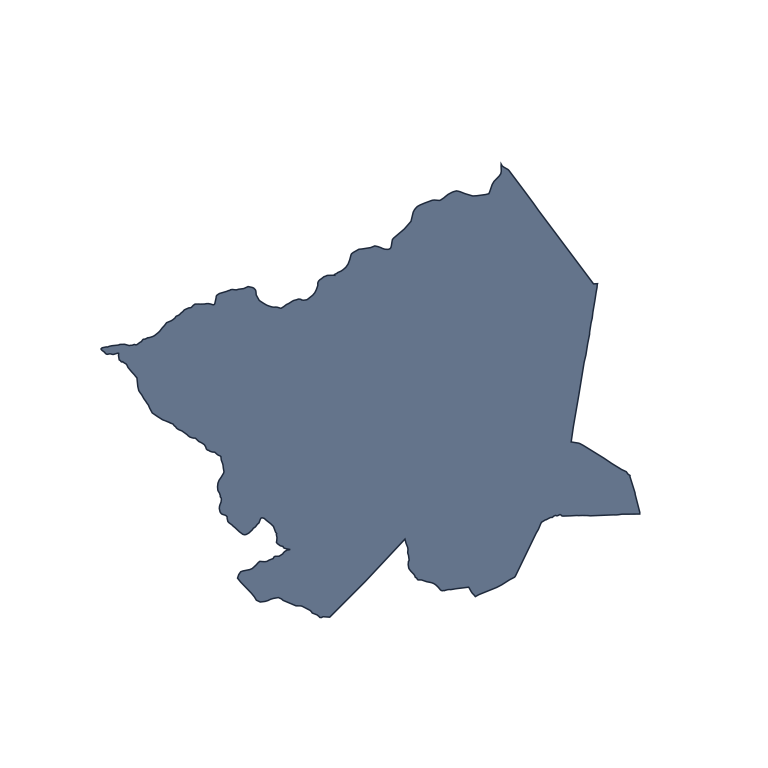 the district of Barna, Timis, Romania, rotated 106°
{"feature_id": "2599482B99688223143518", "entity_name": "Barna", "entity_type": "district", "adm_level": 2, "iso_a3": "ROU", "parent_name": "Romania", "parent_adm1": "Timis", "projection": "robinson", "projection_center": [22.07, 45.706], "detail": "fine", "context": "isolated", "style": "filled", "palette": "slate", "viewbox_px": 768, "rotation_deg": 106, "n_neighbors": 0, "source": "geoboundaries", "source_scale": "gbopen_adm2", "svg_char_len": 6159}
<svg xmlns="http://www.w3.org/2000/svg" viewBox="0 0 768 768"><g transform="rotate(106 384 384)"><path d="M454.2,620.0L458.0,617.9L459.8,615.8L461.2,613.9L464.3,610.8L466.4,608.1L467.6,606.8L469.1,604.8L471.8,602.6L475.7,598.8L477.7,592.8L479.4,587.1L480.2,579.0L480.4,578.9L480.6,575.9L482.0,574.0L482.5,572.6L483.6,571.3L484.1,570.0L484.5,568.5L484.8,565.4L485.1,564.5L486.3,561.1L487.1,559.0L487.7,558.1L488.5,556.0L488.6,553.6L488.5,552.1L488.1,550.6L488.2,550.1L490.3,546.2L490.8,543.3L491.4,541.3L491.9,539.9L493.7,538.0L495.3,537.0L496.0,535.9L496.2,535.0L496.1,534.2L496.5,533.3L496.7,531.7L496.7,530.2L496.2,527.9L497.6,525.1L498.1,523.7L498.3,521.7L498.7,520.8L501.9,519.5L505.3,517.0L506.6,516.3L509.3,515.2L512.3,513.7L513.7,513.6L518.4,514.8L521.9,516.0L525.1,516.3L526.8,516.0L528.7,515.7L531.8,514.5L532.8,513.7L534.2,512.1L536.7,510.4L537.4,510.4L537.7,510.2L538.1,509.5L538.8,508.9L539.8,508.5L542.4,508.1L545.4,508.4L547.0,508.4L549.1,508.0L551.7,506.6L552.6,505.9L553.3,504.9L553.8,503.8L553.9,500.4L554.2,499.3L554.9,498.2L556.5,497.7L559.2,496.2L560.0,495.0L561.4,491.2L562.2,489.9L563.1,487.7L565.9,482.3L567.4,478.3L567.4,477.3L567.3,476.2L566.5,474.8L564.5,472.8L560.5,470.4L558.6,469.8L557.6,468.8L556.5,468.1L553.8,467.1L552.0,465.9L548.1,465.6L547.0,465.3L546.5,464.8L546.2,464.4L546.2,462.1L547.5,459.5L549.5,454.5L551.4,451.0L556.4,447.3L557.4,445.9L558.4,446.0L561.2,444.5L564.3,443.9L565.8,443.8L566.8,442.6L568.1,439.1L568.0,436.3L569.1,435.4L569.3,434.2L569.3,432.3L568.9,428.5L569.8,429.9L569.8,430.5L570.5,431.5L572.2,433.1L573.8,434.1L575.2,434.5L578.5,437.4L579.6,441.2L580.8,442.2L582.3,442.4L585.1,446.1L586.7,447.5L587.6,449.4L588.1,451.4L588.7,454.5L590.2,455.6L593.3,457.1L597.7,459.8L599.4,461.9L602.6,468.1L604.0,470.0L607.2,471.1L611.0,471.3L613.9,467.2L621.6,453.9L624.3,450.0L627.0,447.1L627.7,442.9L625.8,438.4L624.2,435.9L622.2,433.7L620.6,431.2L618.4,426.7L618.9,423.2L619.8,421.4L621.5,407.5L620.2,402.7L620.2,401.5L622.0,392.6L622.9,391.0L623.9,389.9L624.4,384.7L625.4,382.4L626.1,381.3L625.8,379.8L624.5,378.5L623.1,371.9L578.9,347.5L527.3,321.1L530.9,319.0L534.7,316.1L536.6,315.3L539.4,314.8L540.6,314.2L541.8,313.3L546.6,311.2L547.8,311.6L550.9,311.0L554.1,309.5L554.9,308.8L556.6,306.5L558.8,302.7L559.7,301.7L561.2,300.6L561.5,299.2L562.8,297.8L562.9,297.1L562.0,294.1L562.3,288.5L562.0,285.3L561.9,283.1L562.1,281.2L562.6,279.5L563.1,278.3L564.5,275.7L566.3,273.1L566.7,272.1L566.7,271.0L566.2,270.1L566.0,268.9L565.6,268.5L564.1,266.0L563.5,264.4L563.3,263.2L561.1,258.7L556.0,246.7L556.2,246.3L559.5,243.0L560.9,241.3L561.8,239.6L563.2,237.6L560.3,234.7L548.5,219.6L544.6,215.5L537.7,209.4L533.7,205.2L532.3,204.7L485.4,196.6L481.2,195.5L474.8,194.8L473.4,194.4L470.0,191.3L469.9,190.8L466.6,187.4L466.2,186.5L465.9,185.5L464.0,184.2L463.0,182.9L463.1,181.5L462.6,180.6L461.0,178.9L461.0,178.3L461.2,177.6L461.6,177.1L461.8,176.4L461.6,175.4L459.4,168.6L457.2,162.3L456.8,160.3L456.6,159.9L455.7,157.1L454.2,151.5L454.2,151.3L453.9,149.5L446.6,127.5L445.9,124.8L445.0,122.5L443.5,119.3L441.7,113.0L438.5,102.3L436.9,102.7L420.9,112.1L419.4,112.7L405.6,121.8L404.6,122.3L404.1,122.3L403.5,124.4L401.5,127.0L400.7,132.1L397.6,143.2L394.7,152.0L388.1,175.5L387.3,179.2L387.2,180.5L388.1,188.1L372.9,190.2L340.7,193.7L307.9,197.6L300.5,197.9L289.3,199.3L279.4,200.1L277.6,200.6L268.1,201.8L263.3,202.0L257.3,203.0L245.5,204.3L237.0,205.4L232.6,205.8L229.7,206.4L228.7,206.4L230.0,210.2L174.5,283.4L169.4,289.7L161.2,300.4L144.4,322.6L143.7,323.8L142.6,328.3L142.0,330.1L141.7,330.6L140.3,332.0L142.3,331.5L147.2,329.9L149.7,329.7L152.4,330.6L158.9,334.1L162.4,335.0L170.2,335.4L172.2,335.7L173.8,338.4L177.5,346.8L178.8,350.5L178.7,358.6L178.2,363.8L178.2,365.5L178.4,367.6L180.1,370.4L181.2,371.7L184.0,374.6L186.9,376.7L188.5,377.7L191.8,380.5L192.3,381.4L193.3,386.4L194.1,388.3L198.7,394.6L201.9,398.6L203.5,400.2L204.2,400.9L206.5,402.1L208.0,402.7L210.7,403.3L220.2,402.9L229.4,407.2L240.8,414.8L242.7,415.7L244.4,415.6L249.3,415.0L250.9,415.0L252.1,415.4L253.2,416.6L253.6,417.7L254.2,420.3L254.1,423.0L253.8,424.5L253.6,427.8L253.8,430.9L256.6,434.5L260.3,442.5L261.4,445.3L266.0,449.8L267.8,451.1L268.9,451.3L274.1,451.2L278.7,451.6L282.4,452.9L285.6,455.0L287.2,456.3L289.8,459.4L290.4,459.6L292.3,461.7L293.1,461.3L293.3,462.3L295.1,468.1L295.6,469.0L296.4,469.8L297.4,471.3L300.2,473.3L301.3,474.3L303.0,475.2L304.4,475.5L305.6,475.4L307.1,474.9L307.9,474.8L312.3,475.1L315.4,475.7L318.3,477.0L323.9,481.0L324.5,481.8L325.7,484.5L325.9,486.5L325.5,487.3L325.8,489.1L326.0,489.8L327.2,491.4L328.5,493.7L329.6,494.9L332.9,497.8L334.5,499.7L337.0,501.5L339.5,503.7L339.7,504.5L339.6,507.6L339.9,509.4L340.1,509.7L340.7,511.7L340.8,513.5L340.7,516.7L340.5,518.6L339.7,521.7L338.5,525.7L337.9,527.1L333.6,531.4L330.9,532.4L329.3,533.2L328.6,534.1L327.7,535.7L327.5,537.2L327.8,541.5L330.9,545.1L333.1,550.1L334.1,551.6L334.5,553.1L334.9,555.8L335.3,556.7L335.7,557.5L336.6,558.2L337.1,559.3L338.2,560.6L342.4,567.2L344.4,568.9L345.5,569.4L346.2,569.4L347.0,569.2L353.3,568.8L354.2,569.0L354.8,569.6L355.0,570.7L354.9,572.6L355.1,575.0L355.6,576.6L356.6,578.6L357.8,582.4L358.2,584.1L359.3,587.7L360.9,589.0L363.5,590.3L364.2,591.4L364.6,592.6L367.1,595.6L368.0,596.5L369.8,597.3L371.9,598.8L373.5,599.6L374.6,600.5L376.1,602.4L376.9,602.8L378.1,603.1L380.3,604.6L381.8,605.9L385.0,609.9L388.4,611.2L391.1,612.6L395.2,614.2L397.3,615.5L400.8,618.0L402.1,619.4L403.4,621.3L404.3,622.8L404.6,623.8L406.5,625.8L407.3,627.4L407.3,627.7L408.1,628.2L410.1,628.9L411.5,630.3L414.2,632.3L414.8,633.3L414.8,635.0L416.2,636.8L416.6,638.2L417.3,639.5L417.3,644.2L418.5,648.1L418.8,648.9L419.4,649.5L420.0,650.6L422.1,655.9L423.5,658.5L424.7,660.0L424.9,661.2L426.9,665.0L427.3,665.1L428.3,665.7L428.7,665.4L429.4,664.3L430.5,661.4L431.4,660.2L431.7,659.4L431.8,658.7L431.7,658.0L430.6,656.0L430.4,655.1L430.4,653.3L430.2,652.3L427.9,648.7L427.6,647.6L427.9,647.4L429.8,647.1L433.8,645.2L434.1,644.0L435.0,642.8L435.1,641.9L434.6,641.4L435.3,639.6L435.8,637.5L436.7,636.3L438.7,634.6L441.9,629.9L444.2,626.1L445.1,625.0L446.2,623.2L454.2,620.0Z" fill="#64748b" stroke="#1e293b" stroke-width="1.5"/></g></svg>